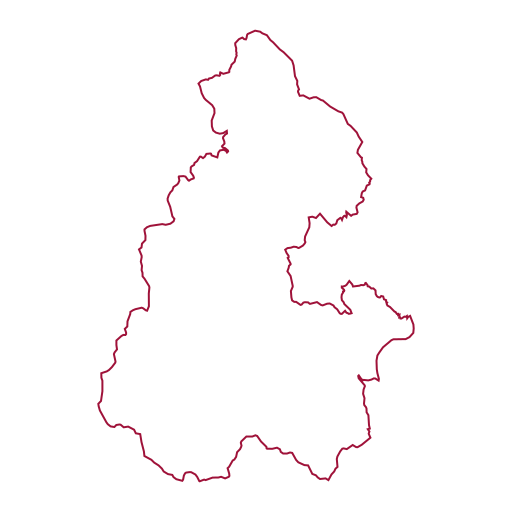 Tran Yen, Yên Bái, Vietnam (Natural Earth projection)
{"feature_id": "81297802B887089272157", "entity_name": "Tran Yen", "entity_type": "district", "adm_level": 2, "iso_a3": "VNM", "parent_name": "Vietnam", "parent_adm1": "Yên Bái", "projection": "natural_earth1", "projection_center": [104.812, 21.705], "detail": "fine", "context": "isolated", "style": "outline", "palette": "rose", "viewbox_px": 512, "rotation_deg": 0, "n_neighbors": 0, "source": "geoboundaries", "source_scale": "gbopen_adm2", "svg_char_len": 6064}
<svg xmlns="http://www.w3.org/2000/svg" viewBox="0 0 512 512"><path d="M413.4,324.5L410.1,315.9L408.2,316.9L407.2,318.3L406.9,316.0L405.8,316.8L404.4,316.6L401.5,318.5L400.4,318.5L399.9,317.2L399.2,317.4L399.5,314.6L398.1,315.1L398.1,313.8L396.8,313.9L395.5,311.9L394.6,311.7L390.0,307.0L387.4,305.5L386.6,303.7L387.2,302.5L386.1,301.9L386.1,300.1L384.0,299.3L383.2,296.5L381.2,296.0L380.1,297.4L379.3,297.5L377.7,296.9L376.8,296.1L375.7,294.1L375.5,290.4L373.4,288.4L371.3,288.5L369.3,286.6L367.7,286.3L367.5,285.1L365.8,282.9L365.4,283.0L364.7,284.7L363.4,285.2L361.0,285.0L359.4,285.7L353.0,286.5L352.3,284.5L349.3,281.0L346.5,284.9L345.2,285.8L342.7,286.6L341.8,286.5L341.8,287.7L344.0,289.7L344.3,290.6L344.0,291.3L343.0,291.5L343.1,292.5L341.8,294.6L341.5,297.3L341.9,300.2L343.7,302.3L344.3,304.0L350.3,309.8L351.6,313.2L349.9,313.7L348.6,313.8L347.6,313.0L346.5,312.8L345.1,310.8L341.8,313.9L340.6,313.8L339.7,313.2L337.2,309.3L334.5,307.2L333.5,305.5L329.7,303.5L327.1,303.7L322.7,305.4L321.1,305.0L317.0,302.1L310.3,303.8L309.7,303.8L308.1,302.4L304.9,302.2L303.4,302.6L301.6,304.6L300.5,304.9L296.2,301.9L294.3,301.9L292.1,300.4L291.4,297.4L290.9,291.0L292.7,286.8L292.7,285.8L290.6,276.0L287.4,271.3L288.7,267.7L289.0,265.8L290.6,264.4L290.6,263.7L287.7,257.9L288.6,257.3L288.6,255.9L286.6,253.0L285.2,249.7L287.5,248.1L290.8,247.7L293.7,246.7L296.4,247.0L298.3,248.0L299.2,247.8L302.9,245.6L304.7,243.5L305.4,242.1L304.7,240.2L305.1,236.5L309.3,227.3L309.6,223.2L308.7,217.4L312.3,216.7L316.0,218.0L320.0,213.7L327.2,222.3L331.6,226.0L333.3,224.6L334.7,224.8L336.3,223.5L337.3,220.2L340.3,217.9L340.6,217.8L341.3,218.5L342.0,219.9L342.9,217.3L344.0,216.0L344.9,215.7L346.4,217.2L346.9,215.0L346.2,212.4L346.3,211.7L351.1,215.8L352.7,214.6L356.7,213.9L357.6,212.3L356.4,207.6L356.7,205.8L359.3,203.4L362.7,201.5L363.7,199.7L363.2,197.8L361.1,197.1L361.8,193.2L362.7,191.5L365.1,190.4L366.8,185.6L369.5,184.3L369.7,183.6L369.2,182.6L370.1,181.6L370.1,180.2L371.3,178.7L368.0,175.3L366.2,172.4L366.5,169.0L364.4,166.6L362.4,163.3L362.3,161.7L361.7,160.2L361.9,157.7L360.9,157.2L357.4,152.9L357.9,149.8L362.3,142.0L358.7,136.6L356.8,132.5L350.6,125.9L347.8,123.9L343.4,114.1L342.1,112.6L338.3,111.3L330.1,106.5L322.9,100.5L321.2,100.1L316.3,97.2L313.6,97.3L309.5,98.7L303.3,95.4L299.7,95.8L298.0,91.8L298.2,90.5L299.0,89.4L297.1,84.4L297.3,80.9L295.0,76.2L293.6,65.4L292.1,60.7L283.6,52.2L279.8,49.4L273.1,42.3L270.3,40.0L266.9,35.2L262.3,33.3L260.2,31.7L255.1,30.7L247.7,34.0L247.1,34.9L246.5,38.1L245.9,39.4L244.1,39.1L242.5,37.6L241.8,37.8L238.9,39.2L235.2,43.2L235.3,45.1L236.2,48.1L236.1,51.3L236.6,52.8L236.3,54.3L236.7,55.6L235.3,58.8L234.7,61.6L231.5,64.7L231.1,66.4L229.3,69.9L229.3,71.9L228.9,72.3L223.3,73.8L220.3,72.4L220.0,73.2L220.2,74.9L219.5,75.8L216.6,75.3L215.2,75.5L211.9,77.9L209.0,78.5L208.1,79.8L205.8,79.4L201.2,81.0L198.5,83.6L200.0,86.4L201.7,93.2L204.1,98.0L205.8,99.9L212.2,105.2L214.3,108.7L214.5,113.1L211.7,120.5L211.9,126.4L213.2,130.5L215.9,132.6L219.8,133.7L223.2,133.1L226.8,130.9L227.0,133.5L225.3,134.5L223.1,137.1L223.0,138.2L224.3,141.5L224.5,143.6L222.0,146.2L222.7,147.6L225.0,148.1L227.9,150.5L228.1,151.4L227.0,152.5L226.0,150.9L223.7,149.8L220.0,150.4L218.4,152.5L217.3,157.4L211.6,155.4L211.0,153.7L210.4,153.5L206.4,153.9L204.8,156.7L203.0,158.1L200.8,156.6L199.9,156.7L197.0,161.2L194.5,163.0L194.1,164.9L191.6,166.4L190.8,167.4L190.6,172.1L193.2,175.7L193.9,177.6L193.7,178.4L190.9,179.4L189.0,180.7L188.2,180.2L185.5,176.6L183.5,176.1L179.0,176.4L178.7,176.9L179.4,180.5L178.3,183.1L177.2,184.5L173.5,187.0L172.3,190.4L170.4,192.3L168.7,195.3L167.6,198.6L167.7,200.6L170.2,206.8L172.4,216.4L174.4,218.9L173.6,221.3L170.4,223.7L165.7,224.8L162.3,224.1L150.2,225.9L147.0,227.2L144.5,229.4L144.5,230.8L145.5,235.8L145.4,240.1L142.0,243.6L141.5,247.5L139.0,249.4L141.6,255.6L141.7,257.1L140.8,261.6L142.0,265.9L141.6,270.1L142.5,272.8L142.6,276.4L144.5,278.7L149.1,286.1L149.4,287.5L148.8,293.5L148.9,306.3L147.1,310.7L145.8,310.3L143.2,308.3L141.7,307.7L135.4,309.2L133.0,310.2L130.4,311.9L130.2,314.1L127.5,321.3L127.3,326.5L124.8,328.9L126.1,332.5L126.1,334.1L125.4,335.0L123.4,334.9L121.4,336.0L116.4,340.5L116.4,345.1L117.0,349.4L114.6,352.4L113.9,354.1L115.5,361.5L115.3,362.6L112.0,367.0L109.0,370.0L106.8,371.4L101.3,373.2L101.4,377.8L102.4,380.7L102.4,391.3L101.0,401.0L98.3,403.8L98.7,406.4L99.9,410.5L106.4,422.3L107.8,424.2L110.6,426.4L114.4,427.0L116.3,425.0L119.4,424.5L120.6,424.7L123.7,427.3L128.2,426.6L134.1,429.7L135.8,433.3L140.2,434.1L141.5,442.1L143.9,451.4L144.4,456.0L151.4,459.8L154.2,462.6L158.6,465.4L161.9,468.6L163.7,471.5L168.0,474.1L172.3,474.9L173.5,477.1L176.3,479.2L182.3,480.8L183.1,479.6L183.9,475.5L185.1,473.3L186.1,472.6L189.6,472.1L191.2,472.2L195.4,474.5L197.2,476.9L199.3,481.1L199.7,481.3L204.1,479.6L205.6,480.1L212.6,477.6L218.4,477.5L221.1,476.8L225.1,478.4L228.8,476.8L229.4,475.9L229.2,473.6L227.6,468.2L229.1,466.8L232.7,460.5L234.3,459.6L236.1,456.9L237.1,452.2L240.0,449.2L241.1,447.0L241.5,445.6L240.8,442.8L241.3,441.4L246.4,436.5L252.4,436.5L255.4,435.3L257.2,436.0L261.0,441.5L266.4,446.8L266.6,448.4L267.0,448.7L272.3,448.8L277.0,447.7L279.9,449.3L280.8,451.9L283.1,453.5L287.1,453.5L290.0,452.5L292.2,452.9L296.1,459.9L298.3,462.3L304.4,465.1L308.1,465.4L312.3,473.9L315.9,475.3L317.7,477.4L320.0,479.0L325.6,478.4L328.4,480.1L331.5,474.4L334.2,471.5L335.5,468.7L337.5,466.9L336.8,459.0L337.4,456.5L340.2,451.4L342.3,448.7L343.6,448.4L346.8,449.1L352.7,445.0L356.1,447.1L357.5,447.2L361.7,444.8L370.4,437.7L368.7,433.7L369.4,431.5L367.8,429.2L369.8,428.6L369.0,425.1L368.4,415.2L366.6,412.3L366.5,408.6L366.0,407.2L364.3,405.1L364.0,403.6L364.5,398.2L363.1,393.8L363.6,389.5L364.9,386.1L364.6,385.2L358.7,378.3L358.2,376.0L358.8,375.4L361.2,378.9L363.0,380.3L363.7,379.9L368.2,380.4L371.4,379.6L373.8,378.4L375.3,378.5L378.6,380.6L378.9,378.9L377.4,373.2L376.8,369.3L376.5,360.7L377.4,355.5L379.3,352.5L383.0,347.3L391.4,340.2L393.4,339.3L405.7,339.1L409.5,337.1L413.3,332.9L413.7,328.5L413.4,324.5Z" fill="none" stroke="#9f1239" stroke-width="2"/></svg>